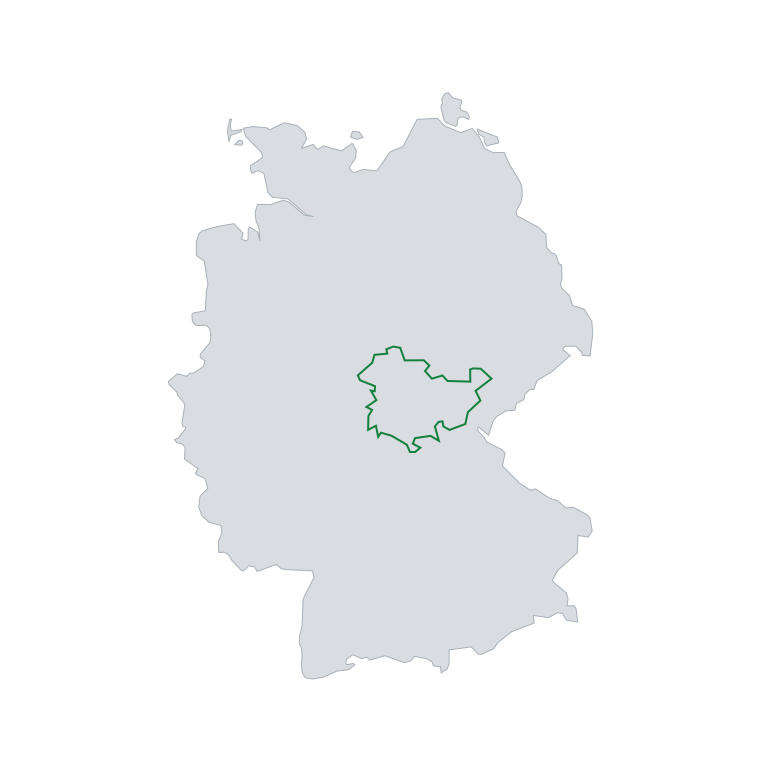 location of Thüringen within Germany, rotated 346°
{"feature_id": "DEU-1577", "entity_name": "Thüringen", "entity_type": "State", "adm_level": 1, "iso_a3": "DEU", "parent_name": "Germany", "parent_adm1": "", "projection": "albers", "projection_center": [10.909, 50.922], "detail": "coarse", "context": "in_parent", "style": "outline", "palette": "green", "viewbox_px": 768, "rotation_deg": 346, "n_neighbors": 0, "source": "natural_earth", "source_scale": "10m", "svg_char_len": 4430}
<svg xmlns="http://www.w3.org/2000/svg" viewBox="0 0 768 768"><g transform="rotate(346 384 384)"><path d="M336.1,659.2L319.0,647.8L303.6,648.5L301.1,644.9L295.9,645.0L288.2,639.1L281.1,642.2L279.4,645.4L279.8,647.3L286.9,647.8L287.7,649.5L280.5,652.7L268.7,651.1L254.8,653.8L243.1,652.9L236.5,649.8L234.9,644.7L235.7,637.2L238.9,627.4L240.0,620.1L239.0,615.4L240.9,608.5L245.8,599.4L253.6,572.9L269.4,554.6L269.3,548.0L243.7,540.3L239.6,538.3L236.1,533.1L215.5,535.1L214.0,530.0L208.7,527.6L202.8,531.3L200.8,530.7L193.6,518.3L192.0,512.5L188.5,508.6L182.9,507.5L185.3,496.6L191.0,488.8L191.5,481.9L180.6,475.7L175.4,467.6L174.5,458.5L178.4,448.3L187.9,442.6L187.4,432.3L180.0,426.5L179.6,424.7L183.1,421.1L172.3,408.7L175.6,397.3L173.9,393.7L168.8,390.8L167.2,387.2L171.2,386.7L180.7,379.2L181.1,378.0L178.6,376.6L178.5,373.3L185.4,356.7L185.3,353.7L181.1,345.1L181.2,342.2L175.3,332.4L175.5,329.3L186.0,324.1L194.5,328.9L197.9,326.6L202.2,327.2L212.9,323.5L216.0,318.4L212.2,314.0L212.8,310.7L225.0,301.9L227.2,297.4L228.4,288.8L227.0,285.8L225.5,283.9L215.6,281.8L213.2,276.7L214.5,270.1L216.3,269.0L228.4,269.7L234.1,250.9L237.2,245.0L239.3,221.3L233.1,213.9L236.3,200.4L241.1,193.2L244.7,191.4L260.1,190.9L277.1,192.1L283.7,203.5L280.9,209.1L284.9,211.9L287.0,211.0L289.9,200.6L291.4,199.0L298.3,206.2L298.1,215.3L300.4,203.1L299.3,194.4L300.5,186.2L304.8,179.2L317.1,182.5L330.9,181.3L336.0,184.7L347.5,200.9L356.3,204.6L349.5,201.0L335.6,181.2L320.9,175.8L317.7,170.1L318.4,150.5L312.9,146.4L306.9,147.6L306.2,143.1L307.3,139.9L320.8,135.0L321.2,129.7L309.7,110.2L309.4,101.8L319.5,102.6L331.8,106.9L334.7,109.7L350.5,106.4L362.5,112.3L368.0,120.4L368.2,127.3L361.1,135.4L373.2,134.4L376.2,140.4L382.7,138.2L399.0,147.5L411.4,142.8L413.7,150.2L411.2,157.7L402.5,165.7L404.4,170.6L407.2,171.7L415.5,170.7L428.7,175.5L446.1,160.2L460.0,158.2L480.1,135.3L500.1,139.1L505.6,148.6L519.3,158.8L531.4,157.4L536.2,167.4L538.6,179.8L546.0,186.0L556.5,188.3L558.9,201.3L565.1,221.6L565.2,228.0L563.6,235.1L560.5,241.2L553.8,248.6L553.5,252.8L571.9,269.5L577.2,278.1L574.9,290.9L578.0,297.0L581.0,298.9L582.4,302.0L582.7,309.4L585.1,311.4L582.1,324.9L579.0,330.6L580.3,335.1L585.4,343.1L585.9,353.5L596.2,359.7L600.8,373.2L598.9,385.2L590.7,406.6L583.3,404.2L583.5,399.7L582.2,399.5L579.5,393.9L568.6,391.1L565.7,393.9L571.5,401.5L549.5,412.8L533.4,417.7L527.9,425.7L524.9,424.3L518.4,427.9L515.9,433.0L508.0,434.7L504.6,441.1L496.1,439.5L485.7,442.6L481.2,446.0L473.0,458.9L465.9,449.2L464.2,449.2L463.8,452.4L468.0,459.4L469.7,465.3L482.0,475.7L484.8,480.2L479.1,492.1L491.4,512.8L500.5,522.6L505.6,522.4L517.0,535.0L524.5,539.4L530.3,548.2L537.6,549.3L549.1,559.8L551.4,563.4L550.5,576.9L545.2,582.0L535.6,577.9L530.6,594.7L506.9,607.3L500.2,614.8L500.3,617.1L510.4,630.9L510.6,637.1L507.9,643.7L514.9,645.2L516.0,648.5L514.4,661.9L503.8,657.3L501.7,650.0L497.3,647.9L487.0,650.5L472.9,644.7L471.9,652.2L448.0,655.2L431.6,662.6L426.7,667.3L413.6,669.8L410.5,669.4L405.0,660.2L382.9,657.8L379.2,671.7L376.3,675.7L369.6,678.2L370.5,671.9L363.7,669.5L363.4,665.3L359.0,661.0L347.7,655.6L342.6,659.2L336.1,659.2ZM530.1,140.2L531.4,145.2L530.3,147.8L525.2,143.7L520.2,144.0L517.5,150.7L515.3,151.0L507.4,145.3L506.1,142.4L506.3,128.8L508.6,125.9L508.9,121.7L513.0,117.1L516.7,116.8L519.9,123.0L527.4,127.0L528.0,128.8L524.2,134.3L525.3,137.2L530.1,140.2ZM553.7,171.8L554.0,177.8L541.2,177.7L540.0,173.3L540.7,168.9L536.3,164.3L536.1,159.2L553.7,171.8ZM295.2,105.6L292.3,111.5L293.2,100.9L298.3,89.8L300.3,90.1L297.5,95.2L296.8,101.7L307.6,102.7L306.3,104.6L295.2,105.6ZM423.3,139.8L416.5,140.0L411.3,136.2L414.5,131.2L421.1,133.6L423.3,139.8ZM305.4,116.1L303.6,117.9L297.2,115.7L302.1,112.4L304.9,113.3L305.4,116.1Z" fill="#d9dde1" stroke="#a8b0b8" stroke-width="1"/><path d="M361.6,374.5L360.7,369.3L377.8,360.5L381.8,353.4L394.5,355.3L394.6,350.9L401.9,349.9L408.5,352.8L409.8,366.1L428.4,370.6L432.5,377.1L426.9,381.3L431.7,390.4L442.8,389.9L446.3,396.4L468.3,402.6L471.1,390.8L474.1,390.4L481.5,392.5L489.6,404.8L471.2,412.8L473.5,423.4L458.6,431.6L453.2,442.5L436.5,444.4L431.4,439.6L431.7,434.4L427.8,434.0L423.1,437.5L423.5,452.4L416.6,445.6L401.0,444.0L397.5,448.9L403.8,454.6L397.7,457.5L392.7,456.2L391.5,448.5L378.9,436.1L369.3,430.5L365.5,433.9L366.1,422.5L357.5,424.7L361.1,411.3L366.2,406.3L361.4,402.0L372.7,397.8L369.7,387.2L373.2,388.8L374.8,384.0L361.6,374.5Z" fill="none" stroke="#15803d" stroke-width="2"/></g></svg>